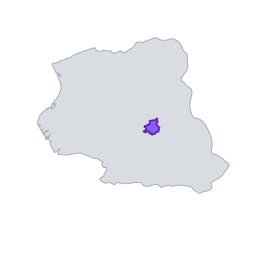 location of Toro, Bauchi, Nigeria, rotated 68°
{"feature_id": "59680162B15165581574851", "entity_name": "Toro", "entity_type": "district", "adm_level": 2, "iso_a3": "NGA", "parent_name": "Nigeria", "parent_adm1": "Bauchi", "projection": "natural_earth1", "projection_center": [9.239, 10.35], "detail": "fine", "context": "in_parent", "style": "filled", "palette": "violet", "viewbox_px": 256, "rotation_deg": 68, "n_neighbors": 0, "source": "geoboundaries", "source_scale": "gbopen_adm2", "svg_char_len": 6315}
<svg xmlns="http://www.w3.org/2000/svg" viewBox="0 0 256 256"><g transform="rotate(68 128 128)"><path d="M201.0,48.4L207.8,59.2L209.2,67.2L209.8,71.2L210.9,71.6L213.0,71.9L214.6,72.6L215.5,74.0L216.1,75.2L216.2,75.9L215.8,80.7L215.2,82.4L215.5,84.8L215.5,85.8L215.2,86.5L214.3,87.3L213.0,88.1L210.0,90.4L209.1,90.7L207.8,90.8L206.7,91.3L205.4,92.6L202.6,97.1L200.2,101.8L198.4,109.2L196.3,111.5L195.9,113.6L195.6,118.3L195.3,119.7L194.9,120.1L192.6,120.9L191.3,122.0L190.5,124.1L189.5,131.3L189.2,132.5L188.4,133.7L187.2,135.0L186.2,135.8L183.6,136.3L181.1,141.7L181.0,142.6L179.9,147.5L178.0,151.2L177.9,153.6L175.5,156.8L174.2,159.0L175.5,161.3L175.6,161.7L171.4,165.6L171.2,166.2L171.0,168.9L170.7,169.6L169.9,170.6L168.8,171.7L167.7,172.5L166.4,173.1L165.1,173.3L164.4,173.0L164.0,172.2L163.3,168.9L163.0,168.2L162.2,167.5L159.0,163.9L157.0,162.6L156.6,162.7L156.3,163.1L155.7,164.9L155.2,165.6L154.2,165.8L152.4,165.8L151.1,165.6L150.8,165.2L150.2,163.8L146.2,167.1L144.8,167.8L143.0,171.7L140.5,173.7L138.8,175.4L134.1,180.7L133.2,182.3L132.3,184.6L130.3,194.7L127.1,200.9L126.6,202.2L126.0,202.8L124.8,202.4L124.2,201.2L123.5,201.0L122.2,199.3L121.9,199.6L123.3,203.9L122.8,205.6L118.8,205.7L115.5,206.2L113.1,206.2L112.0,205.6L111.5,204.0L111.3,204.1L111.1,205.0L110.4,205.7L107.8,205.8L106.7,204.7L105.7,203.5L104.7,202.9L104.9,203.4L106.0,204.6L105.9,206.4L103.8,208.4L102.4,208.5L101.6,207.6L101.2,206.2L101.0,204.1L100.4,202.8L100.1,202.8L100.5,205.0L100.5,207.2L101.5,208.8L100.0,209.3L98.1,209.4L97.9,208.8L97.7,207.4L97.4,207.0L97.0,209.3L93.2,210.0L92.7,209.9L92.6,209.5L92.8,208.8L92.8,207.8L91.9,208.6L91.8,210.2L91.3,210.4L89.9,210.2L88.3,209.4L85.8,207.4L82.7,204.1L82.1,202.6L81.3,200.8L79.6,195.8L79.9,195.6L80.7,195.9L81.0,195.4L79.7,195.1L79.4,194.7L79.4,193.6L79.4,192.2L81.4,191.5L81.8,190.7L82.1,189.9L79.7,191.1L77.4,189.7L76.9,188.9L77.2,188.2L79.8,188.2L80.7,187.5L80.2,187.3L79.2,187.3L78.8,186.9L78.8,185.9L78.5,186.1L78.1,187.0L76.5,187.7L75.6,187.0L75.5,185.5L75.4,184.9L74.6,184.3L71.9,180.4L68.6,177.1L65.6,174.9L61.1,173.8L51.6,173.8L51.1,173.5L51.6,173.0L52.5,172.7L55.5,170.8L55.0,170.6L51.8,171.7L50.8,171.9L49.3,174.1L40.0,174.5L40.1,173.5L40.5,170.6L41.1,168.6L40.4,166.2L40.3,164.0L40.7,163.4L40.8,162.5L40.7,156.9L41.2,156.1L41.3,155.5L40.3,153.1L40.3,151.3L40.1,149.5L39.8,148.7L40.2,141.8L40.1,140.1L40.4,138.9L40.6,136.0L40.6,133.1L41.2,128.5L45.2,127.9L46.2,126.1L46.8,123.8L46.6,121.6L47.9,119.6L49.5,117.9L49.4,116.0L49.9,115.4L50.6,114.9L51.7,114.7L52.9,113.7L53.5,112.1L54.2,109.4L53.2,107.5L53.2,107.1L53.6,106.1L54.2,105.1L54.7,104.8L55.9,105.1L56.2,104.7L57.0,101.7L56.9,100.9L55.9,98.9L55.3,93.6L55.0,92.9L54.2,91.9L52.0,88.2L52.0,86.4L53.0,84.1L53.6,83.0L54.4,82.4L54.6,81.9L54.3,81.2L53.9,80.7L53.8,79.7L54.3,78.3L54.2,76.7L54.4,68.7L56.2,67.1L58.9,64.4L60.2,61.7L60.9,59.6L61.9,52.7L63.3,51.9L65.9,49.4L69.5,48.0L71.8,47.5L75.9,47.8L78.0,47.5L79.8,46.2L80.6,45.8L81.7,45.6L91.8,49.2L92.8,49.0L93.5,49.2L94.8,50.2L97.8,53.5L100.9,58.7L101.9,59.8L102.9,60.4L103.9,60.6L104.6,60.6L105.4,60.1L106.4,59.1L107.9,58.6L109.1,58.7L115.4,54.8L116.0,54.7L119.9,55.6L125.2,59.5L129.6,62.2L132.6,63.0L136.2,63.6L142.3,63.8L146.9,58.2L148.6,57.0L150.7,55.9L155.0,54.9L162.1,54.2L168.7,54.5L172.9,55.4L177.3,57.3L179.1,59.0L182.1,59.3L184.2,59.0L184.9,57.2L187.0,55.0L190.2,52.8L192.8,51.4L195.0,50.7L196.9,49.0L198.4,48.5L201.0,48.4ZM108.0,208.0L106.6,208.6L105.7,208.4L107.0,206.2L107.6,206.6L108.4,206.8L108.0,208.0Z" fill="#d9dde1" stroke="#a8b0b8" stroke-width="1"/><path d="M130.6,105.6L130.9,105.8L131.0,105.9L131.3,106.0L131.7,106.0L132.0,106.1L132.3,106.2L132.4,106.4L132.5,106.5L132.6,106.8L132.6,107.1L132.3,107.5L132.3,107.9L132.2,107.9L132.2,108.0L132.2,108.5L132.3,108.6L132.7,108.8L132.8,108.8L132.9,109.1L132.9,109.4L132.8,109.6L132.9,109.8L132.8,110.0L132.8,110.3L132.5,110.6L132.3,111.6L132.5,111.8L132.5,112.0L132.9,112.4L133.3,112.3L133.3,112.2L133.3,111.9L133.3,111.7L133.5,111.8L133.8,111.9L134.1,111.8L134.3,111.8L134.5,111.7L134.8,111.5L134.9,111.4L135.0,111.2L135.3,111.3L135.5,111.4L135.9,111.5L136.1,111.5L136.4,111.3L136.6,111.3L136.8,111.5L137.0,111.6L136.4,111.9L136.7,114.5L136.9,114.8L137.3,114.8L137.5,114.7L137.4,114.5L137.7,114.2L137.6,113.9L137.8,113.9L138.0,113.8L138.4,113.8L138.5,113.8L138.7,113.7L138.8,113.1L138.7,113.1L138.7,112.8L138.6,112.6L138.5,112.4L138.6,112.2L138.6,111.9L138.4,111.8L138.4,111.7L138.5,111.7L138.6,111.4L138.7,111.2L138.7,110.8L138.8,110.8L138.9,110.6L138.9,110.4L139.0,110.1L139.1,109.9L139.5,109.6L139.8,109.6L139.7,109.7L139.9,109.7L139.9,109.8L140.0,109.9L140.2,110.0L140.3,110.0L140.7,110.1L140.9,110.2L141.0,109.6L141.4,109.4L141.7,109.4L141.8,109.1L142.0,109.0L142.1,108.9L142.1,108.7L142.1,108.4L142.2,108.5L142.3,108.7L142.5,108.9L142.4,109.1L142.9,108.6L142.6,108.6L142.4,108.4L142.2,108.2L142.3,108.0L142.5,108.0L142.8,108.0L142.8,107.9L142.9,107.7L142.9,107.4L143.0,107.3L143.0,107.2L143.2,106.9L143.3,106.8L143.4,106.7L143.5,106.6L143.5,106.4L143.5,106.2L143.4,106.1L143.4,105.9L143.3,105.7L143.3,105.4L143.4,105.2L143.5,105.1L143.4,105.0L143.5,104.9L143.5,104.7L143.4,104.6L143.2,104.4L142.9,104.3L142.8,104.2L142.7,104.2L142.7,103.9L142.7,103.6L142.6,103.4L142.5,103.2L142.5,102.9L142.5,102.7L142.4,102.6L142.3,102.4L142.6,102.3L142.6,102.1L142.8,101.8L143.0,101.6L142.8,101.4L142.7,101.2L142.4,101.0L142.2,100.8L142.1,100.4L141.7,100.2L141.6,100.3L139.8,99.1L139.4,98.6L139.2,98.7L139.2,98.8L139.0,99.0L138.9,99.1L138.6,99.2L138.5,99.3L138.4,99.4L138.2,99.3L137.9,99.4L137.7,99.4L137.7,99.5L137.4,99.7L137.2,99.8L136.9,99.9L136.9,100.0L136.9,99.9L136.8,100.0L136.7,100.0L136.4,100.1L136.1,100.2L135.5,100.0L135.3,99.9L134.9,99.8L134.6,99.8L134.3,99.7L134.0,99.6L133.8,99.5L133.9,98.8L133.6,98.6L133.5,98.2L133.0,98.2L132.8,98.3L132.7,98.3L132.2,98.0L131.9,97.8L131.7,97.8L130.5,97.5L130.2,97.5L129.8,97.5L129.8,97.9L130.0,98.1L130.0,98.3L130.1,98.5L130.3,98.6L130.6,98.9L130.7,99.1L130.8,99.2L130.8,99.4L130.9,99.5L131.1,99.8L131.1,100.0L131.1,100.4L131.0,100.5L130.7,100.5L130.0,101.8L130.2,102.4L130.1,102.8L130.0,103.1L129.9,103.2L129.9,103.3L129.9,103.5L130.0,103.9L129.9,104.0L129.7,104.3L129.5,104.5L129.8,104.7L129.8,104.8L130.0,104.9L130.2,105.1L130.3,105.2L130.2,105.3L130.3,105.3L130.4,105.5L130.5,105.6L130.6,105.6Z" fill="#8b5cf6" stroke="#5b21b6" stroke-width="1.5"/></g></svg>